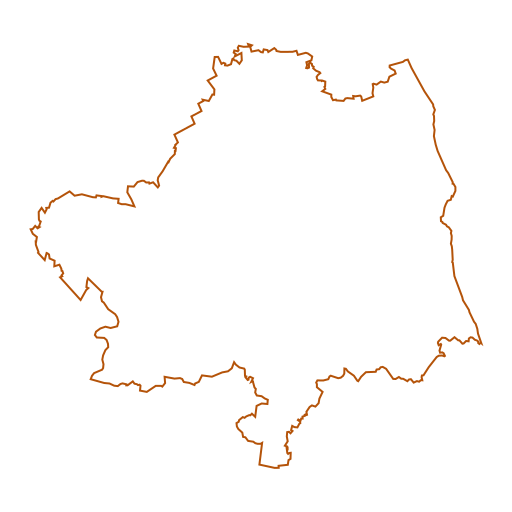 outline of Cazones de Herrera, Veracruz, Mexico
{"feature_id": "50627088B60977128263275", "entity_name": "Cazones de Herrera", "entity_type": "district", "adm_level": 2, "iso_a3": "MEX", "parent_name": "Mexico", "parent_adm1": "Veracruz", "projection": "robinson", "projection_center": [-97.287, 20.709], "detail": "fine", "context": "isolated", "style": "outline", "palette": "amber", "viewbox_px": 512, "rotation_deg": 0, "n_neighbors": 0, "source": "geoboundaries", "source_scale": "gbopen_adm2", "svg_char_len": 5955}
<svg xmlns="http://www.w3.org/2000/svg" viewBox="0 0 512 512"><path d="M407.8,59.6L405.0,60.3L402.9,61.9L389.7,65.5L389.6,67.2L391.0,68.6L394.6,70.5L395.7,73.6L389.4,76.7L387.7,81.7L384.3,82.6L380.8,81.6L376.6,84.6L373.5,83.7L372.7,84.1L373.3,87.6L372.5,93.2L373.3,96.4L362.2,100.8L361.2,96.5L360.2,95.6L355.6,96.3L353.2,96.0L353.6,98.7L347.3,98.1L345.4,98.5L343.6,100.9L336.3,100.4L335.9,99.6L333.0,100.2L331.3,97.0L331.3,94.6L322.2,91.3L325.3,88.9L324.4,86.9L325.1,86.3L325.3,81.6L322.7,80.7L321.8,81.0L321.7,80.5L318.0,80.4L317.1,79.0L316.6,76.9L317.9,75.0L320.3,73.1L319.6,72.2L316.0,70.7L313.2,68.3L313.7,66.8L312.1,65.7L311.9,63.9L310.7,63.3L310.4,62.4L308.9,63.8L309.0,67.6L307.4,68.3L306.2,68.0L307.1,65.3L306.4,62.2L311.4,60.3L312.2,56.5L307.8,53.4L305.8,52.8L297.9,54.9L296.5,50.8L292.5,51.8L280.8,51.9L276.5,51.0L276.2,49.8L274.3,48.1L268.3,52.0L267.5,50.1L263.7,49.4L262.8,52.4L261.0,52.1L258.5,50.2L251.5,51.6L250.2,46.9L251.9,45.3L248.1,44.1L249.0,46.6L243.6,46.8L238.8,45.8L237.8,47.7L238.6,50.2L237.8,51.3L234.3,50.5L233.7,52.6L235.7,54.0L234.8,56.4L241.4,53.0L241.8,60.3L239.4,63.8L236.4,60.7L234.2,60.2L233.3,58.5L232.4,59.0L231.0,64.2L227.5,65.6L225.0,65.3L225.3,63.6L223.4,62.8L221.5,63.9L218.1,56.9L214.7,57.0L213.1,68.5L216.6,75.7L207.7,80.5L214.4,89.4L214.1,94.7L212.4,94.5L208.8,101.0L202.7,99.7L203.3,101.0L198.3,103.7L201.5,111.0L191.4,116.4L194.6,123.7L174.4,134.6L177.9,142.4L175.2,145.0L175.4,145.5L174.0,147.8L175.9,148.2L175.5,151.0L174.9,150.9L174.8,154.1L170.2,158.7L168.6,162.1L168.2,161.7L162.6,171.3L158.2,177.4L157.7,180.3L159.1,185.6L157.8,187.4L153.1,182.3L149.4,183.6L149.0,182.4L146.2,182.5L143.9,180.8L142.1,180.7L137.5,182.1L133.8,186.6L128.0,186.3L127.3,192.3L131.3,199.3L134.4,206.4L125.6,204.2L121.7,204.2L118.1,203.0L118.6,198.8L113.0,198.4L103.3,196.2L101.8,196.7L102.0,196.1L96.5,195.4L95.9,197.4L92.8,197.2L81.9,194.3L74.6,195.7L69.6,191.4L57.9,198.5L55.6,199.1L53.4,201.5L52.6,200.9L50.5,202.7L49.0,207.7L46.3,207.9L46.6,209.4L44.9,212.7L41.6,207.9L38.7,212.0L38.9,219.4L39.4,220.7L40.7,221.5L39.2,225.9L38.4,226.6L39.5,227.1L37.6,228.3L35.2,225.9L32.7,229.0L30.7,229.3L32.8,233.8L36.9,237.0L36.1,241.7L35.7,241.6L35.9,244.9L38.5,252.0L38.0,252.8L44.7,260.1L46.6,253.0L47.4,253.3L49.0,254.5L49.6,258.5L54.6,260.7L54.3,266.3L59.4,264.7L61.3,268.6L61.6,270.8L62.4,271.0L63.2,273.4L61.5,275.4L62.2,276.3L60.1,277.3L80.6,300.0L86.2,290.0L88.3,288.1L86.4,287.1L87.1,281.1L88.0,278.3L101.8,291.8L102.5,291.8L101.0,297.2L102.0,301.3L103.8,302.6L108.2,309.2L115.2,314.2L117.1,317.1L118.5,321.8L117.2,326.3L110.6,328.0L105.4,326.7L100.3,328.5L96.0,331.7L94.9,335.0L96.8,337.5L104.2,337.9L106.6,340.0L108.0,343.8L108.2,347.2L105.4,350.1L103.1,355.4L102.3,359.6L103.5,364.2L103.1,368.1L102.1,369.7L94.1,373.1L92.0,375.8L90.7,379.2L104.2,383.0L109.5,383.5L114.2,385.7L117.8,386.1L120.5,384.0L122.5,383.4L126.4,384.3L126.3,385.3L127.6,385.3L132.8,381.4L134.5,383.7L136.9,384.2L138.0,385.1L139.6,384.7L140.5,385.7L140.0,390.6L146.8,391.9L155.7,385.9L161.2,385.9L162.3,386.6L165.1,383.1L164.6,376.8L174.5,378.6L180.0,378.1L182.2,379.0L183.8,382.0L189.3,382.9L194.5,385.0L195.1,383.5L198.8,381.9L202.0,375.4L211.9,376.7L222.2,372.4L228.0,371.3L231.8,368.3L234.1,362.2L235.8,364.6L239.5,367.5L244.2,368.6L244.8,369.7L245.0,375.9L246.2,376.4L245.5,377.3L247.7,380.0L248.5,379.7L248.7,377.7L250.1,376.8L253.0,378.2L251.3,381.8L253.4,380.6L252.8,381.3L254.5,387.5L255.8,388.9L255.2,392.5L256.8,395.5L261.6,396.2L264.8,398.5L267.8,399.8L267.4,404.0L261.7,403.5L256.6,405.9L255.2,416.8L251.9,413.7L250.3,415.3L249.3,415.1L246.3,416.4L244.6,417.8L242.8,417.1L239.1,420.1L238.7,421.8L236.5,423.1L236.9,426.5L238.3,429.0L242.3,432.6L243.1,436.9L245.4,437.3L248.1,440.9L253.3,441.7L255.3,443.2L257.6,443.8L260.6,443.8L262.1,442.9L259.4,464.6L274.7,467.9L278.7,467.8L278.6,465.8L287.8,464.8L288.5,460.1L290.5,458.9L290.7,452.8L289.2,453.0L288.1,453.9L287.3,453.0L286.7,448.4L287.6,448.9L287.6,447.5L287.2,446.5L284.9,445.7L287.7,441.3L286.8,436.5L287.2,432.1L289.0,431.8L290.5,433.3L292.5,431.0L291.1,430.1L292.2,425.9L294.4,427.1L297.4,427.4L299.3,423.8L300.3,423.1L300.0,421.5L297.9,420.1L298.3,419.5L300.5,420.7L301.2,418.6L302.6,418.6L302.5,416.6L304.7,415.9L304.6,414.9L305.5,414.4L306.2,415.1L307.0,414.8L306.4,411.8L309.6,407.0L311.9,405.4L315.4,406.6L318.6,403.2L319.4,398.6L322.6,391.9L316.9,387.2L316.9,384.1L316.2,382.6L317.4,380.4L323.2,380.5L328.3,379.2L329.5,376.5L330.7,375.7L338.2,378.2L340.7,377.7L343.1,375.8L344.3,373.6L344.4,368.5L345.9,368.8L347.8,371.4L353.9,375.7L357.3,380.7L358.2,381.2L361.1,376.8L365.9,372.2L375.7,371.8L376.6,369.5L379.2,369.2L380.6,367.3L382.7,366.9L386.1,368.8L393.2,378.9L395.6,379.0L398.9,377.0L401.2,378.7L403.2,378.8L407.4,381.2L409.0,379.5L410.9,379.2L413.7,382.6L416.9,381.1L419.1,381.7L420.8,380.2L422.3,380.3L421.6,377.2L421.9,375.5L423.5,375.3L428.7,367.2L436.7,357.0L438.8,355.7L442.1,355.5L444.4,356.3L444.9,355.9L443.6,353.2L442.3,352.4L440.1,352.7L439.5,350.6L441.2,344.6L440.8,344.0L438.7,345.2L437.9,343.0L438.2,341.7L442.1,337.7L445.5,338.0L449.1,340.7L450.2,340.7L454.5,337.2L458.2,340.3L459.4,340.3L462.4,343.7L463.6,343.5L466.1,341.0L468.6,341.3L468.9,338.5L470.6,337.3L472.5,337.6L474.9,339.8L476.8,340.4L478.2,341.5L478.2,343.0L479.4,344.0L480.7,342.7L481.3,343.2L478.0,333.6L477.3,328.8L475.7,323.9L474.0,321.7L469.5,312.3L468.9,309.9L463.0,300.3L462.2,297.0L454.4,276.1L452.8,262.7L452.2,262.1L452.7,259.8L452.2,249.8L451.8,246.2L450.9,243.7L451.6,239.7L451.7,235.9L450.9,233.1L451.4,230.9L448.8,227.3L447.0,226.4L446.0,224.7L442.7,223.0L442.4,222.0L441.0,221.2L440.8,217.3L443.2,215.8L444.5,207.7L445.8,204.3L447.6,200.8L450.8,199.8L451.7,196.1L452.8,196.6L455.4,190.9L455.4,187.0L453.5,183.8L452.6,183.7L452.7,182.1L448.2,173.0L446.1,170.2L437.6,150.9L435.7,144.6L433.9,136.1L434.6,130.0L433.4,124.4L434.2,121.0L434.0,116.0L433.3,114.4L434.9,109.9L433.3,106.3L433.1,104.4L424.4,91.3L411.6,68.1L407.8,59.6Z" fill="none" stroke="#b45309" stroke-width="2"/></svg>